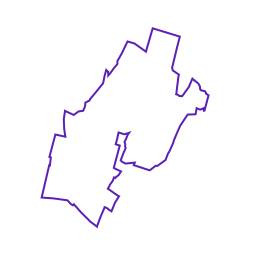 outline of Tixmehuac, Yucatán, Mexico, rotated 189°
{"feature_id": "50627088B886446566830", "entity_name": "Tixmehuac", "entity_type": "district", "adm_level": 2, "iso_a3": "MEX", "parent_name": "Mexico", "parent_adm1": "Yucatán", "projection": "natural_earth1", "projection_center": [-89.11, 20.248], "detail": "fine", "context": "isolated", "style": "outline", "palette": "violet", "viewbox_px": 256, "rotation_deg": 189, "n_neighbors": 0, "source": "geoboundaries", "source_scale": "gbopen_adm2", "svg_char_len": 3483}
<svg xmlns="http://www.w3.org/2000/svg" viewBox="0 0 256 256"><g transform="rotate(189 128 128)"><path d="M201.1,87.1L199.6,86.9L199.3,78.8L200.0,78.9L202.3,47.2L202.4,45.8L201.5,45.9L195.1,46.4L194.9,46.5L194.5,46.5L193.4,46.6L192.5,46.7L192.3,46.7L191.7,46.7L191.2,46.8L190.6,46.8L189.8,46.8L187.7,46.9L185.2,46.9L184.4,46.9L184.2,46.9L183.3,47.0L181.1,47.0L176.5,47.1L176.1,46.8L175.6,46.4L175.0,45.9L174.6,45.6L174.2,45.3L173.9,45.1L173.2,44.5L173.0,44.3L172.5,43.9L172.2,43.7L171.8,43.6L171.5,43.5L171.0,43.4L170.8,43.3L170.2,43.0L169.6,43.9L169.4,44.2L169.0,43.8L160.8,37.0L154.0,32.2L150.7,29.7L144.1,26.2L143.2,25.7L143.2,26.2L141.3,35.6L138.7,45.9L138.7,46.2L135.9,45.5L134.4,44.5L131.3,43.1L130.5,46.4L129.1,52.4L126.2,59.2L127.1,59.4L138.4,64.9L137.6,66.9L136.9,69.4L135.5,72.0L134.8,73.5L134.1,77.0L132.8,76.6L132.4,77.4L129.9,80.0L129.0,82.0L128.1,84.0L129.8,84.5L134.7,85.9L134.7,86.0L135.8,86.4L134.6,97.7L134.6,97.8L133.4,109.4L136.2,109.8L137.6,110.0L137.4,111.9L137.2,113.8L137.0,116.0L136.8,119.0L136.7,120.6L136.6,122.1L130.6,121.2L126.2,123.4L127.2,121.4L128.2,117.1L129.3,113.7L128.8,112.8L128.1,111.5L128.0,109.3L127.6,108.7L127.2,108.0L127.9,104.7L128.2,104.0L128.4,103.2L130.2,94.9L128.8,93.8L127.5,93.3L124.8,92.5L115.9,94.9L116.5,92.2L99.9,89.6L94.8,95.0L93.0,95.2L85.9,102.3L84.5,109.0L83.6,110.9L81.0,120.4L80.8,122.4L80.7,123.2L79.0,130.1L76.8,138.4L71.2,150.6L63.4,152.1L63.3,158.3L59.6,157.4L56.6,159.3L55.8,156.9L55.2,157.1L55.1,157.4L55.1,157.8L55.0,158.4L54.9,159.6L54.9,160.1L54.8,160.7L54.7,161.9L54.7,162.1L54.6,162.3L54.6,162.8L54.5,163.5L54.4,164.5L54.4,164.9L54.3,165.4L54.2,166.2L54.2,167.1L54.1,167.9L54.0,168.7L53.9,169.6L53.8,170.4L53.7,171.3L53.7,171.6L53.6,172.6L53.6,172.9L54.3,173.1L55.0,173.6L55.9,173.8L56.4,174.4L56.4,174.8L57.6,176.3L61.9,176.7L62.8,177.6L63.4,180.2L65.4,182.8L68.3,184.6L68.9,184.8L69.7,185.1L70.0,185.4L70.0,185.6L70.8,185.9L71.0,186.1L71.3,186.2L72.1,186.8L72.2,186.4L72.3,186.2L72.8,184.1L72.9,183.6L73.3,182.1L73.9,180.1L73.9,179.5L74.0,178.8L74.6,177.3L74.8,177.0L75.3,176.1L75.6,175.4L76.0,174.8L76.4,173.7L76.7,173.3L77.0,172.9L77.4,172.1L77.5,171.7L77.7,171.4L78.1,170.5L78.2,170.2L78.4,170.0L78.6,169.6L79.1,168.7L79.3,168.5L79.4,168.2L79.5,167.9L80.1,167.9L80.6,167.8L80.9,167.8L81.2,167.7L82.0,167.6L82.4,167.6L82.8,167.9L83.1,168.3L83.4,168.5L83.8,168.5L84.4,168.7L84.8,168.7L85.4,168.7L85.7,168.8L85.6,169.2L86.0,178.7L86.0,180.6L86.1,181.4L86.1,183.1L86.2,183.6L86.2,184.5L86.2,185.0L86.2,186.0L86.2,186.4L86.2,186.8L86.1,187.8L86.1,188.7L86.7,189.0L87.8,189.5L88.6,189.9L89.3,190.2L89.6,190.4L89.8,190.5L90.2,190.7L90.6,190.8L91.0,191.1L91.3,191.2L92.0,191.5L92.8,191.9L93.2,192.9L93.5,193.5L93.9,194.6L93.7,196.2L93.6,197.0L93.6,197.3L93.5,198.9L93.4,199.6L93.4,200.2L93.3,201.4L93.2,202.6L93.0,204.4L93.0,205.2L92.9,205.7L92.9,206.4L92.8,206.9L92.7,208.5L92.7,209.1L92.7,209.3L92.0,217.1L91.1,226.4L99.3,227.5L119.2,230.3L121.7,210.7L122.2,206.2L127.8,209.0L131.4,210.8L132.4,211.3L133.3,211.7L134.4,212.3L134.8,212.5L142.0,213.4L145.8,200.8L147.7,195.6L148.9,192.7L148.5,189.5L151.4,184.7L153.8,179.9L154.0,179.5L155.7,176.8L156.0,178.8L156.5,179.8L156.4,180.4L158.6,181.9L159.2,176.3L159.3,175.6L159.6,168.3L164.6,159.6L169.9,150.7L170.4,149.1L174.1,146.4L173.8,143.3L174.2,140.9L175.0,138.0L179.5,136.6L183.6,132.4L191.7,134.7L192.9,135.1L192.8,128.1L192.8,126.8L191.1,118.3L190.9,117.1L188.5,109.6L198.7,110.2L200.5,92.8L201.1,87.1Z" fill="none" stroke="#5b21b6" stroke-width="2"/></g></svg>